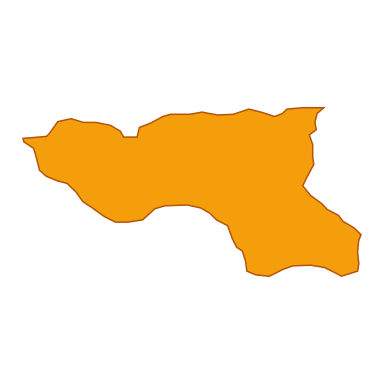 Högsby, Kalmar, Sweden
{"feature_id": "70781695B22116404340246", "entity_name": "Högsby", "entity_type": "district", "adm_level": 2, "iso_a3": "SWE", "parent_name": "Sweden", "parent_adm1": "Kalmar", "projection": "equal_earth", "projection_center": [15.953, 57.139], "detail": "fine", "context": "isolated", "style": "filled", "palette": "amber", "viewbox_px": 384, "rotation_deg": 0, "n_neighbors": 0, "source": "geoboundaries", "source_scale": "gbopen_adm2", "svg_char_len": 1099}
<svg xmlns="http://www.w3.org/2000/svg" viewBox="0 0 384 384"><path d="M341.4,276.2L357.7,271.1L358.8,263.7L357.6,251.8L358.7,240.6L361.0,234.7L354.2,228.0L343.0,221.3L338.5,215.4L327.3,209.5L321.7,203.6L310.5,195.4L302.7,185.8L307.1,176.9L313.8,164.4L312.7,157.0L312.7,144.5L309.3,134.9L316.3,129.7L314.9,122.4L317.1,113.5L323.8,107.7L302.5,107.7L286.9,109.1L282.4,113.5L274.6,116.5L263.4,112.8L260.8,112.1L248.9,109.1L233.3,114.3L217.6,115.0L202.0,112.1L189.7,114.3L170.7,114.3L162.9,116.5L150.6,123.1L139.4,127.5L137.1,137.1L123.7,137.1L120.4,131.2L110.3,125.3L95.8,122.4L83.5,122.4L71.2,118.7L57.8,121.6L49.9,132.7L46.6,136.4L23.0,138.4L23.9,141.9L33.7,148.4L36.6,158.7L39.6,170.4L46.4,176.3L57.2,180.8L67.1,183.4L75.9,191.9L82.8,201.6L92.6,208.1L104.4,216.6L115.4,222.1L128.1,222.1L142.6,219.9L154.9,208.7L165.0,205.8L187.4,205.0L200.8,208.0L209.8,213.2L216.5,219.9L227.7,225.8L232.2,238.4L236.7,247.3L242.3,251.0L245.6,261.4L246.8,271.1L255.7,274.8L269.2,276.3L282.6,269.6L292.7,265.9L310.6,265.2L324.1,267.4L336.4,273.4L341.4,276.2Z" fill="#f59e0b" stroke="#b45309" stroke-width="1.5"/></svg>